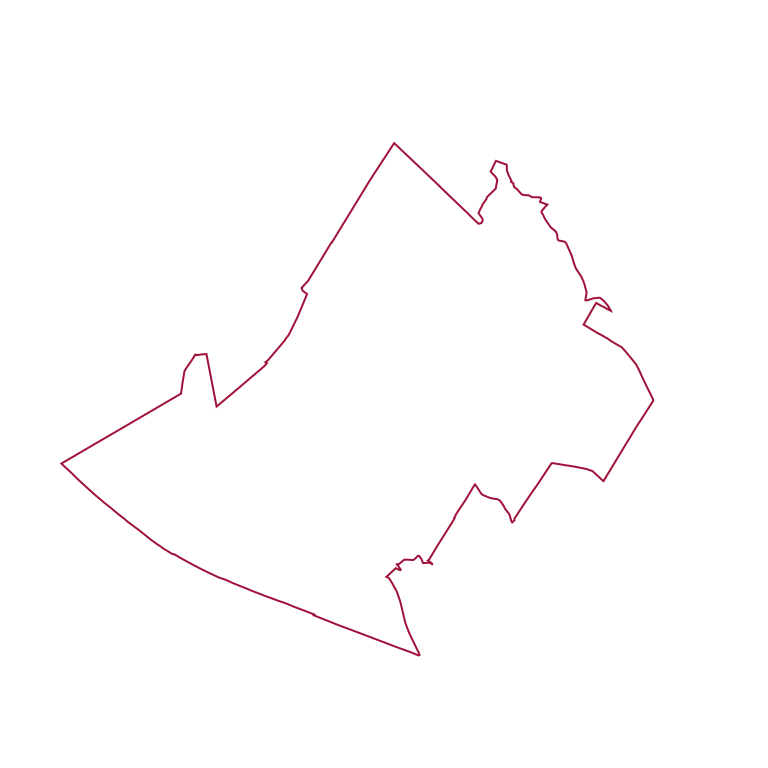 the district of Bestepe, Tulcea, Romania, rotated 209°
{"feature_id": "2599482B43256284009930", "entity_name": "Bestepe", "entity_type": "district", "adm_level": 2, "iso_a3": "ROU", "parent_name": "Romania", "parent_adm1": "Tulcea", "projection": "orthographic", "projection_center": [29.01, 45.096], "detail": "fine", "context": "isolated", "style": "outline", "palette": "rose", "viewbox_px": 768, "rotation_deg": 209, "n_neighbors": 0, "source": "geoboundaries", "source_scale": "gbopen_adm2", "svg_char_len": 4498}
<svg xmlns="http://www.w3.org/2000/svg" viewBox="0 0 768 768"><g transform="rotate(209 384 384)"><path d="M333.3,147.6L330.5,148.0L307.0,151.0L297.8,152.4L246.1,159.9L231.5,162.2L225.0,163.0L222.2,163.3L221.6,164.1L222.4,165.1L240.3,177.7L249.0,184.9L256.2,192.7L263.9,201.2L271.7,208.3L275.7,210.9L280.4,213.8L284.3,216.0L285.6,216.6L286.8,216.7L288.4,216.5L284.4,228.6L279.7,228.9L279.3,229.6L282.9,231.6L285.0,232.1L285.4,232.5L284.9,232.9L283.5,234.1L282.4,236.8L281.9,238.4L281.4,239.5L281.1,240.1L280.4,240.6L279.5,241.1L278.3,241.7L277.1,242.3L273.6,243.9L273.3,244.0L272.7,244.8L271.6,247.8L271.2,249.8L270.6,250.5L269.9,250.7L266.2,248.9L263.1,246.3L257.4,249.8L254.5,249.7L254.5,250.0L256.9,250.6L260.0,250.9L259.7,251.4L259.4,252.4L258.9,268.2L257.9,285.2L257.3,296.7L257.2,300.6L257.7,301.1L257.5,301.6L257.5,302.1L257.8,304.4L257.8,305.8L257.4,311.7L256.5,321.4L256.1,332.8L256.1,336.0L255.7,340.3L254.7,339.9L250.7,337.8L245.5,335.1L243.9,334.8L239.8,335.3L236.2,335.7L232.1,337.0L228.9,338.3L227.4,338.2L226.0,338.2L220.4,335.5L217.5,333.5L211.5,331.0L210.2,329.9L206.5,326.1L204.8,325.1L203.8,328.1L204.6,329.3L203.5,344.7L202.2,359.8L201.0,370.7L199.1,395.2L199.0,395.7L198.4,396.4L196.7,397.1L195.5,397.5L191.9,398.8L189.7,399.6L185.1,401.2L182.6,402.2L179.8,403.2L175.9,404.6L171.9,405.8L168.5,407.0L165.4,407.8L160.6,408.7L159.4,408.8L158.6,408.7L155.6,408.0L150.3,406.7L145.1,405.4L144.9,405.4L144.8,405.7L144.9,406.4L143.3,448.7L142.8,460.0L142.8,462.2L142.3,472.1L141.6,481.2L140.5,498.5L140.6,499.5L140.4,499.6L140.8,500.6L143.5,502.6L146.9,505.0L151.0,507.8L155.3,510.8L160.5,514.5L162.7,516.1L164.0,517.1L165.6,518.3L170.1,521.5L172.6,523.1L173.5,523.6L176.7,524.9L183.7,527.7L189.0,529.7L192.4,530.9L194.1,531.4L196.8,531.4L201.7,531.5L206.8,531.7L209.8,532.1L217.2,532.2L218.0,532.2L221.6,532.1L224.0,532.2L227.2,532.3L238.2,532.7L238.0,545.1L238.0,549.1L237.9,550.8L237.7,557.8L232.1,557.7L228.3,558.0L226.0,557.8L221.1,558.0L222.2,558.8L224.6,560.0L225.1,560.6L227.6,561.6L231.8,563.2L236.6,564.1L237.6,563.8L242.6,560.3L246.9,555.6L248.5,554.9L248.9,556.0L251.2,562.3L256.7,568.1L260.0,571.0L263.7,573.7L271.7,577.8L273.8,579.4L276.6,581.9L281.9,587.1L290.3,593.5L292.5,595.2L293.9,595.8L295.2,595.9L297.0,595.5L300.4,594.3L301.9,594.4L303.1,595.9L305.1,598.7L307.3,600.4L309.0,601.0L310.7,601.3L313.5,601.7L314.7,602.2L319.5,604.5L323.1,606.4L326.0,608.4L328.2,609.9L329.3,610.4L329.8,610.9L329.9,611.9L328.9,617.2L328.1,620.1L335.8,618.8L336.1,619.9L336.4,622.0L336.6,622.7L336.9,622.9L338.0,622.8L345.3,619.1L347.0,619.2L349.2,619.1L351.4,617.9L353.5,617.1L355.6,616.6L358.7,617.7L361.0,618.5L362.4,619.0L364.0,619.1L365.1,619.3L365.9,619.7L366.9,620.5L368.3,622.3L369.2,622.6L370.6,622.2L370.9,622.3L371.3,623.7L376.6,627.3L380.1,630.5L383.0,635.3L394.3,633.4L393.7,621.4L387.1,619.4L383.9,617.5L381.0,609.0L384.5,597.5L384.4,596.3L384.1,595.1L384.6,591.1L384.8,590.1L384.8,588.5L384.5,586.5L384.6,583.8L384.3,581.2L384.2,579.3L378.0,576.2L376.9,574.8L376.9,571.9L379.0,570.0L383.4,571.1L388.0,572.3L392.8,573.7L400.1,575.6L429.3,583.3L430.5,583.7L436.8,585.4L440.7,586.4L458.9,591.1L459.1,591.2L460.1,591.5L462.3,592.0L475.6,595.4L479.0,596.3L491.9,599.6L495.1,555.6L495.6,543.3L498.2,482.5L498.5,482.5L498.5,482.0L498.6,481.7L500.4,437.4L500.5,437.1L502.7,428.0L500.9,426.6L500.2,426.1L494.9,425.4L494.6,422.9L492.1,400.8L491.1,380.5L491.8,376.9L491.9,376.2L491.9,374.0L497.0,348.6L497.4,347.5L498.2,345.5L497.8,345.5L496.5,345.4L497.2,342.0L498.5,338.4L507.4,314.8L508.0,313.2L510.0,307.9L519.5,283.1L553.8,324.1L558.5,321.0L561.7,318.5L562.0,318.3L562.5,318.6L563.1,318.3L563.5,317.8L563.5,317.1L563.4,315.6L563.6,312.4L564.6,302.3L564.7,298.9L564.6,298.0L563.2,294.3L560.5,286.6L557.6,279.1L557.0,277.5L556.8,277.3L595.3,212.4L607.6,191.8L626.2,160.4L627.2,158.7L627.6,158.0L623.7,157.0L619.9,156.1L613.5,154.5L607.6,152.8L602.3,151.4L598.7,150.6L590.4,148.6L585.3,147.4L584.1,147.1L576.3,145.6L570.4,144.4L566.4,143.8L562.5,143.1L557.2,142.1L551.9,141.1L546.7,140.4L540.5,139.1L534.3,138.3L527.6,137.4L520.9,136.3L513.2,134.9L504.8,133.9L499.9,133.5L496.5,133.1L488.0,132.7L485.0,133.0L484.6,133.5L479.3,133.2L470.7,133.2L461.7,133.3L458.6,133.4L451.8,133.6L443.6,134.1L434.9,134.7L430.6,135.4L428.9,135.8L424.8,136.2L420.6,136.5L412.9,137.4L406.3,138.3L400.5,138.9L398.8,139.1L392.1,140.1L385.0,141.0L376.3,142.4L370.5,143.3L364.0,144.5L359.8,145.0L355.4,145.4L351.1,146.1L333.2,148.6L333.3,147.6Z" fill="none" stroke="#9f1239" stroke-width="2"/></g></svg>